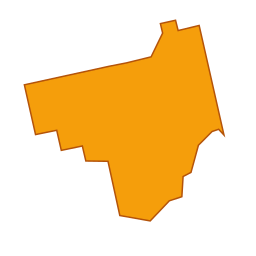 outline of Scott, Indiana, United States of America, rotated 168°
{"feature_id": "52423323B28319824001651", "entity_name": "Scott", "entity_type": "district", "adm_level": 2, "iso_a3": "USA", "parent_name": "United States of America", "parent_adm1": "Indiana", "projection": "robinson", "projection_center": [-85.762, 38.697], "detail": "fine", "context": "isolated", "style": "filled", "palette": "amber", "viewbox_px": 256, "rotation_deg": 168, "n_neighbors": 0, "source": "geoboundaries", "source_scale": "gbopen_adm2", "svg_char_len": 473}
<svg xmlns="http://www.w3.org/2000/svg" viewBox="0 0 256 256"><g transform="rotate(168 128 128)"><path d="M35.6,101.2L37.1,213.5L58.7,212.9L59.1,223.5L74.6,223.4L74.4,213.6L90.6,192.8L106.8,192.3L115.9,192.0L133.5,192.3L220.4,191.8L219.8,140.8L198.2,140.6L197.9,120.0L176.4,119.9L176.1,104.5L154.5,99.6L154.2,44.1L125.6,32.5L102.7,48.2L89.6,49.6L84.2,69.1L75.6,71.5L62.7,96.5L46.5,107.1L39.6,107.9L35.6,101.2Z" fill="#f59e0b" stroke="#b45309" stroke-width="1.5"/></g></svg>